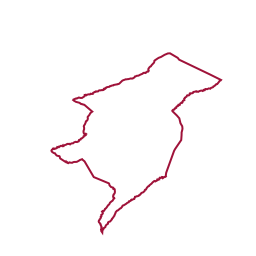 Campo Novo do Parecis, Mato Grosso, Brazil (Natural Earth projection), rotated 220°
{"feature_id": "56859067B93931383273622", "entity_name": "Campo Novo do Parecis", "entity_type": "district", "adm_level": 2, "iso_a3": "BRA", "parent_name": "Brazil", "parent_adm1": "Mato Grosso", "projection": "natural_earth1", "projection_center": [-57.909, -13.656], "detail": "fine", "context": "isolated", "style": "outline", "palette": "rose", "viewbox_px": 256, "rotation_deg": 220, "n_neighbors": 0, "source": "geoboundaries", "source_scale": "gbopen_adm2", "svg_char_len": 5716}
<svg xmlns="http://www.w3.org/2000/svg" viewBox="0 0 256 256"><g transform="rotate(220 128 128)"><path d="M80.5,31.4L81.8,33.2L82.0,33.8L81.7,34.4L81.9,34.7L82.4,34.9L82.5,35.4L82.1,35.7L81.7,37.6L82.1,38.3L82.3,39.2L82.3,40.1L81.8,41.6L82.0,42.2L82.4,42.5L82.6,42.9L82.3,43.9L81.6,44.9L81.6,47.0L81.6,47.7L81.9,48.0L81.8,50.1L82.1,51.1L82.0,52.1L82.4,52.8L82.9,54.8L83.3,55.4L83.3,57.5L82.8,58.3L82.3,61.3L81.9,62.1L81.9,63.9L82.2,64.9L82.0,65.6L81.6,66.0L80.6,69.0L80.5,70.0L80.0,71.2L79.7,71.6L80.1,72.6L79.5,73.2L79.1,74.4L79.4,74.8L79.3,75.4L78.6,75.7L78.0,77.3L77.6,77.6L77.6,78.0L78.1,78.8L78.1,79.4L78.4,79.8L77.8,80.5L77.4,81.4L76.9,81.8L76.5,82.4L76.2,83.0L76.4,83.4L75.9,84.4L76.0,84.8L75.8,85.3L76.0,85.8L75.9,87.0L75.0,88.6L74.8,90.5L75.2,91.2L75.2,91.7L74.7,92.4L75.1,94.3L75.1,96.0L74.6,97.0L74.8,97.4L74.4,99.8L74.2,100.3L74.2,102.4L73.9,103.2L74.0,103.7L73.5,104.6L72.7,104.7L72.4,105.7L72.1,106.0L72.4,107.2L72.0,107.1L71.6,107.5L71.3,108.3L71.0,108.7L71.6,109.3L71.7,110.3L71.0,110.6L70.8,111.4L70.4,111.7L70.0,111.7L70.4,112.4L70.0,112.7L69.0,112.4L68.7,113.8L67.9,114.7L67.9,115.1L67.9,115.5L68.4,115.7L70.0,118.3L78.0,140.1L78.4,142.1L79.5,153.0L82.4,157.0L84.1,159.1L85.3,161.6L86.0,162.7L87.6,164.2L90.9,165.4L94.9,168.4L98.7,169.0L104.2,169.4L104.9,169.5L105.2,169.8L105.0,170.3L105.2,170.6L105.0,171.4L104.4,171.9L104.4,172.5L104.7,173.3L104.0,174.4L104.6,175.4L104.5,175.9L103.9,176.7L103.8,177.3L104.2,177.5L104.3,178.2L103.6,178.5L103.3,178.8L103.6,179.1L103.5,179.7L103.7,180.4L103.4,181.4L103.4,181.8L102.8,181.9L102.7,182.6L103.4,184.1L103.3,184.6L102.7,185.5L103.8,186.6L103.6,187.4L103.9,187.8L103.3,189.7L103.7,190.7L103.6,191.2L102.4,192.0L102.2,193.5L102.9,194.1L102.8,194.5L101.3,195.6L101.2,196.0L100.8,196.7L101.1,197.6L99.6,199.4L99.5,199.9L99.1,200.2L98.6,200.0L98.0,200.6L97.5,200.8L97.0,202.2L96.0,203.7L95.4,204.2L94.6,204.3L94.3,205.0L94.5,205.7L93.8,205.9L93.5,206.3L93.9,207.1L93.6,207.8L92.3,208.6L91.6,210.2L91.2,210.5L90.2,211.0L90.2,212.1L89.2,213.7L89.1,214.2L89.3,214.8L89.0,215.2L88.5,217.0L88.7,217.4L88.6,218.0L88.5,218.4L87.9,219.0L88.0,222.4L88.1,222.8L87.9,223.5L87.6,224.0L87.6,224.6L99.2,221.8L132.7,213.2L135.0,213.7L143.9,212.2L144.4,211.6L145.3,210.9L147.0,207.6L148.4,203.6L149.5,201.7L150.1,200.0L150.4,198.6L150.7,198.1L150.9,197.0L151.0,196.5L150.7,196.2L150.1,194.8L150.3,191.2L150.1,190.0L150.4,189.5L150.6,188.3L150.5,187.7L150.5,186.7L149.9,185.7L149.0,185.3L148.8,184.7L148.8,184.2L149.5,183.7L149.6,183.2L149.7,182.3L149.9,181.6L150.2,181.6L150.3,181.1L151.1,180.7L151.6,180.1L151.7,179.6L151.7,179.0L152.9,176.7L153.6,174.9L155.0,173.4L155.3,172.4L155.8,171.9L155.6,170.9L155.8,170.2L156.1,169.7L156.1,169.2L156.3,168.8L157.1,168.1L157.6,167.9L159.2,165.6L159.6,165.3L160.4,164.3L161.2,163.7L161.4,163.1L162.4,161.5L162.8,160.5L163.2,156.3L163.8,155.2L164.3,154.8L164.4,154.3L164.7,154.1L166.6,151.8L166.6,151.3L166.9,151.1L168.0,149.6L168.1,149.1L168.6,148.6L168.8,148.3L168.7,147.8L168.9,147.4L169.7,146.6L170.5,145.5L170.5,145.0L170.8,144.7L170.6,144.0L170.7,143.2L170.9,142.8L171.5,143.0L171.7,142.6L171.6,142.0L171.2,141.6L171.4,141.1L171.9,140.7L172.2,140.2L172.7,140.0L173.3,139.1L174.1,138.5L174.5,137.7L174.4,137.0L174.7,136.5L175.0,136.3L175.7,135.5L176.1,135.5L176.3,135.1L176.2,134.7L176.7,134.2L176.7,133.7L177.2,133.0L177.3,132.3L176.9,131.5L177.9,130.6L178.3,130.5L178.7,130.2L178.6,129.6L179.0,129.0L179.8,128.5L180.6,127.4L181.0,126.2L181.7,126.3L181.9,125.7L182.4,125.4L181.7,124.3L182.6,121.4L183.9,120.3L184.4,120.2L185.3,119.7L186.0,118.0L186.5,117.6L186.7,117.0L187.1,116.8L187.7,115.4L188.1,114.8L188.0,114.4L187.7,114.6L187.2,114.5L186.9,114.2L184.6,114.6L181.2,116.2L179.8,116.1L179.0,116.6L178.6,116.6L177.9,117.1L177.4,117.1L176.4,117.7L165.9,117.6L166.2,116.4L166.4,115.0L166.0,113.3L166.0,110.8L165.9,110.4L164.8,109.4L164.3,108.4L164.1,107.4L164.5,106.4L164.4,105.7L164.1,105.4L163.3,102.8L163.3,101.8L163.1,101.2L162.9,100.8L162.2,100.4L160.9,99.0L160.1,97.0L159.7,96.7L159.5,96.3L158.2,95.4L157.7,95.4L157.0,96.2L156.7,96.5L156.3,96.5L156.5,95.9L155.8,95.4L156.0,94.6L156.4,94.2L156.4,93.8L156.7,93.3L156.3,92.8L156.7,90.4L157.1,89.9L157.2,89.4L156.9,88.8L157.8,87.4L157.6,87.0L157.3,86.9L157.2,85.9L158.0,84.9L158.0,84.5L158.8,83.9L159.2,83.8L159.5,83.4L160.1,82.2L160.3,80.9L161.2,80.1L161.9,78.7L161.9,78.2L162.9,78.1L163.2,77.6L164.0,77.1L164.4,76.6L164.4,76.2L164.5,75.8L165.4,74.4L165.6,73.7L166.2,72.7L166.7,72.9L166.7,72.4L166.2,72.2L166.6,71.8L167.2,71.8L168.2,70.9L168.5,69.2L168.9,69.2L168.9,68.6L169.2,68.4L170.0,68.0L169.6,66.9L170.0,66.3L170.1,65.8L170.9,65.2L170.8,64.8L171.1,64.4L172.0,64.4L172.3,63.9L172.0,63.3L172.3,62.4L172.2,61.8L172.0,61.3L170.8,60.9L168.9,61.1L167.5,61.7L166.6,61.3L165.0,61.1L164.1,61.4L162.5,62.3L162.1,62.3L160.8,61.3L160.3,61.1L154.5,61.8L154.3,62.3L154.0,62.0L153.1,62.0L152.8,62.7L151.9,62.7L151.6,62.5L151.2,62.6L150.9,63.4L150.8,64.0L149.6,64.6L148.4,65.5L148.0,66.6L147.4,67.4L145.5,69.1L144.6,71.3L144.4,72.3L143.1,74.6L142.7,74.5L139.8,74.5L122.7,68.4L107.1,73.3L106.3,73.0L105.3,72.2L103.1,71.9L100.9,72.8L100.2,71.9L99.6,72.1L99.2,72.5L98.8,72.5L96.9,70.6L96.2,69.2L96.3,68.0L96.0,67.6L96.1,67.1L95.2,65.7L94.6,65.6L94.2,65.2L93.7,65.6L93.3,65.4L93.4,64.4L93.1,62.4L93.6,60.6L93.6,60.0L93.8,59.3L93.3,57.4L93.6,56.0L93.3,53.4L93.3,52.2L93.6,51.2L93.3,50.7L93.3,49.8L93.2,48.8L94.0,48.3L94.2,47.3L92.7,46.8L92.4,46.4L92.3,45.9L92.3,45.3L92.6,44.2L91.7,43.5L91.9,42.5L91.7,42.2L91.2,42.0L91.1,41.6L90.9,40.8L91.0,39.7L90.7,39.1L90.8,38.4L90.3,37.5L89.6,37.1L88.2,37.0L87.6,36.6L87.2,36.7L86.8,36.2L86.4,36.2L86.0,35.8L85.0,35.5L84.8,34.9L83.6,34.1L83.6,33.1L83.4,32.8L83.0,32.7L82.3,31.9L80.5,31.4Z" fill="none" stroke="#9f1239" stroke-width="2"/></g></svg>